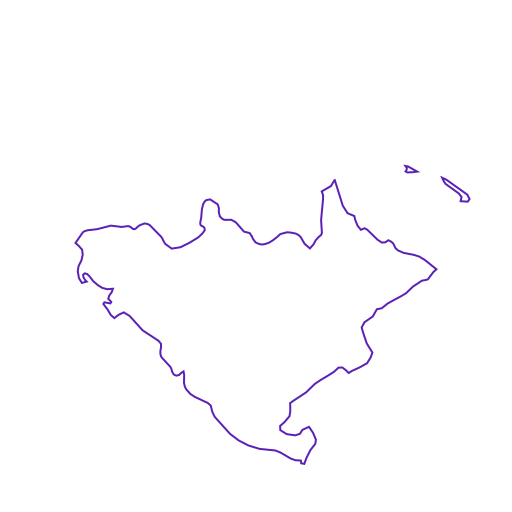 outline of Sancti Spíritus, rotated 32°
{"feature_id": "CUB-1322", "entity_name": "Sancti Spíritus", "entity_type": "Province", "adm_level": 1, "iso_a3": "CUB", "parent_name": "Cuba", "parent_adm1": "", "projection": "mercator", "projection_center": [-79.45, 22.111], "detail": "fine", "context": "isolated", "style": "outline", "palette": "violet", "viewbox_px": 512, "rotation_deg": 32, "n_neighbors": 0, "source": "natural_earth", "source_scale": "10m", "svg_char_len": 3091}
<svg xmlns="http://www.w3.org/2000/svg" viewBox="0 0 512 512"><g transform="rotate(32 256 256)"><path d="M282.6,149.9L303.0,167.4L311.0,171.2L318.2,170.0L321.0,172.8L326.1,176.5L331.1,178.2L333.3,175.0L336.2,174.7L350.5,177.8L355.6,177.9L358.6,175.7L359.2,173.9L359.9,172.5L363.3,172.2L366.0,172.8L370.3,175.5L373.4,176.0L379.3,175.2L389.5,171.3L394.7,170.0L401.0,169.9L416.0,171.6L414.9,175.8L414.1,184.8L412.1,186.9L409.7,189.1L408.2,192.5L405.4,198.5L403.0,208.0L400.2,213.5L396.2,220.4L392.7,226.8L390.3,233.7L386.7,237.1L387.1,245.3L383.1,254.7L383.5,260.7L387.9,264.6L396.2,271.4L402.2,274.4L405.8,276.1L407.0,281.3L407.0,288.1L403.0,295.4L398.2,302.7L396.6,306.1L392.7,305.2L388.3,304.8L385.1,307.0L383.5,312.9L380.4,319.4L376.4,327.1L373.6,333.5L370.8,345.0L364.9,357.9L362.9,362.6L367.3,369.4L369.3,374.1L368.1,382.2L366.5,387.3L368.9,390.8L376.4,390.8L384.3,387.3L387.5,383.5L387.5,378.8L391.5,372.8L398.2,375.8L404.2,380.1L405.8,383.9L405.0,391.6L405.8,400.6L407.1,406.7L404.2,407.8L402.4,405.7L397.7,408.3L392.7,409.4L380.9,409.7L375.6,410.6L361.2,417.7L350.0,420.7L339.2,421.6L328.2,420.6L306.3,414.3L301.8,411.5L296.8,406.8L292.9,406.2L278.8,407.9L273.4,407.8L267.4,406.0L264.8,404.4L262.2,401.8L258.1,394.9L255.7,392.3L254.6,394.7L253.8,397.7L251.8,399.7L249.0,400.1L246.3,398.6L243.7,396.3L242.1,395.4L230.5,392.2L228.8,391.5L226.7,389.6L225.1,386.9L223.8,383.6L221.9,380.8L218.4,379.6L199.1,379.1L180.7,373.8L173.7,373.9L170.7,378.6L168.8,383.7L164.2,383.0L158.2,379.9L152.0,377.6L152.0,375.6L157.6,373.4L157.6,371.6L153.4,370.6L152.5,367.3L152.8,363.2L152.0,359.6L147.4,363.0L142.6,364.5L137.3,364.5L131.2,363.6L125.7,361.5L122.5,360.8L120.0,361.4L119.3,363.5L121.0,365.5L123.7,366.9L126.0,367.4L122.6,371.1L117.6,368.6L112.9,363.4L110.9,358.6L110.3,352.3L108.4,346.8L105.2,342.8L100.5,341.4L96.0,340.6L96.6,328.3L96.9,326.8L97.8,325.4L99.7,323.3L107.1,317.4L116.9,307.1L126.6,302.6L131.7,298.4L133.6,297.9L137.6,298.2L139.0,297.4L139.7,295.9L140.3,293.4L141.4,291.1L144.1,287.6L146.8,286.4L149.4,286.1L165.3,289.9L167.2,290.7L168.6,291.7L172.4,293.8L180.6,294.4L187.3,288.6L192.7,279.8L197.2,270.7L198.6,265.3L198.9,261.4L197.8,259.8L196.6,259.2L195.0,259.1L193.7,259.3L192.5,259.0L191.6,258.2L190.6,256.2L189.4,252.9L185.4,245.1L183.7,240.1L183.6,237.0L184.2,235.0L187.1,232.3L196.1,232.5L199.3,235.2L200.3,237.1L201.7,239.1L204.5,241.6L207.4,242.3L209.7,242.2L211.7,241.1L215.6,238.5L219.2,238.1L221.7,238.3L232.9,241.7L238.5,239.9L242.2,241.6L244.5,243.2L248.4,244.7L252.3,244.2L255.3,242.9L257.7,240.7L260.1,237.6L262.1,233.5L263.5,229.7L265.0,224.5L269.8,219.4L273.1,217.7L277.9,215.9L281.2,215.7L283.9,216.3L290.7,219.9L297.7,221.0L298.6,215.7L298.3,211.0L298.9,207.5L300.0,203.8L299.8,201.7L292.1,190.9L282.9,172.6L280.7,168.9L277.5,166.4L282.5,157.0L282.4,150.2L282.6,149.9ZM400.5,101.1L399.0,97.0L395.0,95.5L378.6,94.4L375.8,93.2L372.4,91.0L377.0,90.4L402.6,92.0L406.9,94.5L406.8,97.7L400.5,101.1ZM335.0,100.5L337.4,99.5L348.0,99.0L344.4,102.0L339.9,105.0L338.0,105.0L338.1,103.1L337.2,101.4L335.0,100.5Z" fill="none" stroke="#5b21b6" stroke-width="2"/></g></svg>